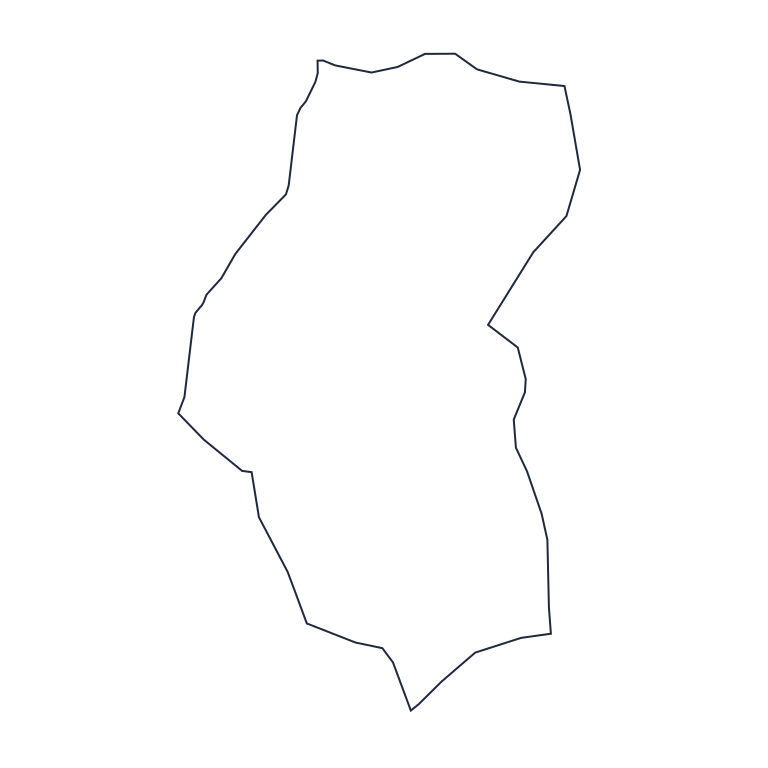 an SVG outline of Al Marqab, rotated 267°
{"feature_id": "LBY-2966", "entity_name": "Al Marqab", "entity_type": "Municipality", "adm_level": 1, "iso_a3": "LBY", "parent_name": "Libya", "parent_adm1": "", "projection": "mercator", "projection_center": [14.087, 32.352], "detail": "fine", "context": "isolated", "style": "outline", "palette": "slate", "viewbox_px": 768, "rotation_deg": 267, "n_neighbors": 0, "source": "natural_earth", "source_scale": "10m", "svg_char_len": 871}
<svg xmlns="http://www.w3.org/2000/svg" viewBox="0 0 768 768"><g transform="rotate(267 384 384)"><path d="M365.5,177.0L381.3,184.0L460.7,197.7L464.9,199.4L472.6,206.6L475.2,208.2L482.5,211.4L498.1,227.1L521.6,242.3L559.0,274.8L578.5,296.0L587.2,299.2L657.0,311.2L663.9,314.9L670.4,320.8L689.3,331.3L697.9,334.1L710.4,334.6L710.2,340.1L704.7,352.0L695.7,387.9L699.9,414.2L711.5,442.2L710.1,472.3L693.4,493.3L678.9,534.9L672.1,579.8L643.9,584.3L587.6,591.0L542.2,575.0L507.8,540.0L437.6,491.0L413.4,519.5L381.5,525.8L368.3,524.3L341.7,511.7L313.5,512.4L289.2,522.3L246.2,534.6L220.0,539.0L152.2,537.0L125.9,537.6L123.3,507.6L111.0,461.0L83.9,426.0L62.6,402.1L56.5,393.7L105.5,378.4L120.3,368.5L127.3,342.0L148.9,294.4L181.0,284.4L201.5,277.9L257.6,252.1L264.3,251.4L302.9,247.2L304.6,237.8L337.9,201.1L365.5,177.0Z" fill="none" stroke="#1e293b" stroke-width="2"/></g></svg>